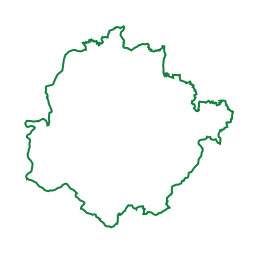 Gazipur, Dhaka, Bangladesh, rotated 186°
{"feature_id": "16705992B50862305652789", "entity_name": "Gazipur", "entity_type": "district", "adm_level": 2, "iso_a3": "BGD", "parent_name": "Bangladesh", "parent_adm1": "Dhaka", "projection": "mercator", "projection_center": [90.414, 24.092], "detail": "fine", "context": "isolated", "style": "outline", "palette": "green", "viewbox_px": 256, "rotation_deg": 186, "n_neighbors": 0, "source": "geoboundaries", "source_scale": "gbopen_adm2", "svg_char_len": 5779}
<svg xmlns="http://www.w3.org/2000/svg" viewBox="0 0 256 256"><g transform="rotate(186 128 128)"><path d="M143.2,228.6L146.1,226.4L146.7,226.9L149.5,227.3L151.1,226.6L151.1,225.9L152.2,225.6L152.5,224.7L156.5,222.9L156.8,222.4L156.6,221.2L157.0,220.2L157.4,220.1L157.4,219.1L157.8,217.8L157.6,216.0L158.6,215.8L160.1,216.2L161.6,215.5L162.6,215.8L162.6,215.4L163.1,215.4L163.6,214.0L163.4,212.7L162.5,211.8L161.9,210.8L162.6,210.2L162.6,209.6L163.8,209.1L164.2,209.0L164.9,209.8L165.5,209.7L165.7,208.7L165.2,207.3L165.7,207.1L165.9,208.3L166.8,208.6L167.3,209.6L167.8,209.1L167.9,210.5L168.5,211.2L169.7,210.5L171.7,211.3L171.6,210.6L172.3,210.8L172.3,211.1L173.8,211.1L173.9,211.8L174.4,211.2L174.5,211.6L175.6,211.6L176.0,210.2L175.6,209.8L176.2,209.8L176.4,209.0L176.8,208.7L178.7,209.2L178.8,208.0L181.1,208.3L181.8,207.9L178.8,204.9L178.0,201.4L179.5,201.3L181.7,199.7L183.7,199.2L186.8,199.4L188.7,200.1L190.9,199.8L195.2,197.5L196.4,195.7L197.8,194.5L198.9,189.6L199.3,178.2L203.7,173.8L205.6,168.7L206.9,164.0L207.9,163.0L213.6,160.9L214.0,159.9L213.4,157.1L213.7,154.7L213.0,153.8L211.8,153.1L211.2,150.6L212.0,150.2L211.9,149.8L210.6,147.9L209.5,145.2L209.6,144.5L206.5,139.0L205.6,136.9L205.9,135.7L207.5,135.1L207.8,134.7L207.7,129.4L206.9,125.8L207.3,122.6L208.4,122.1L209.1,124.9L210.4,126.7L211.9,127.7L213.5,128.2L214.8,127.6L217.8,125.2L218.5,125.6L222.3,124.5L226.0,124.8L229.4,124.5L230.7,121.9L229.6,119.5L227.9,118.4L225.3,119.6L223.8,119.9L221.2,119.3L220.8,118.8L220.9,117.4L222.5,116.2L223.7,114.4L224.6,112.1L227.1,110.6L227.8,108.9L227.4,108.2L224.6,106.6L224.0,104.8L224.5,101.8L224.0,100.6L223.8,98.0L224.4,96.4L224.4,94.6L225.1,91.6L224.5,88.8L223.5,87.2L221.6,85.8L219.1,82.6L219.4,75.4L220.0,74.2L222.4,72.5L224.1,70.2L224.1,68.7L223.3,67.6L223.2,66.6L222.7,67.0L220.2,66.0L219.0,66.1L213.8,64.1L209.9,60.5L206.8,59.6L204.0,57.4L200.9,56.8L199.8,57.1L199.0,57.8L196.5,57.9L193.7,59.1L191.7,60.9L188.5,62.3L187.1,64.3L185.1,65.8L183.9,66.1L182.6,65.8L179.1,61.9L175.7,60.7L172.0,57.8L172.7,57.2L173.1,55.2L172.8,54.4L170.2,53.0L168.4,51.3L164.5,49.9L163.5,49.1L163.6,47.8L165.3,45.9L166.5,43.5L166.4,42.8L164.0,42.3L160.1,39.3L155.2,38.4L154.3,38.0L152.8,38.6L151.1,38.4L150.2,36.2L147.8,35.6L147.6,34.7L146.2,34.5L146.4,33.7L145.3,32.5L144.1,32.1L142.2,30.8L140.2,28.3L138.2,27.9L136.1,28.3L134.6,27.4L132.1,28.6L129.7,31.7L128.8,31.5L128.5,31.7L128.7,33.8L128.4,34.2L128.7,35.6L128.5,36.7L129.1,40.0L128.3,41.0L128.3,41.8L127.8,42.0L127.1,41.8L127.0,40.7L126.6,40.7L125.0,42.2L123.6,44.4L122.2,45.4L121.5,48.1L120.4,49.4L120.2,50.5L119.6,51.1L119.3,50.9L116.1,51.5L114.2,49.0L113.5,48.7L112.3,48.8L111.1,47.9L110.8,49.5L110.0,50.2L108.6,50.9L104.9,51.8L104.6,51.2L104.8,49.7L104.0,49.1L103.0,49.3L102.7,49.0L103.6,47.7L103.3,46.0L103.7,44.0L100.6,44.5L100.2,44.9L99.8,46.3L99.4,46.6L95.7,46.4L93.5,44.9L91.2,44.4L89.4,45.3L88.6,46.6L87.8,46.6L86.0,47.3L84.7,48.7L82.2,50.3L80.4,52.1L78.3,53.1L78.7,53.6L79.8,53.6L81.0,55.9L81.9,56.0L82.1,56.5L81.7,57.2L81.8,57.8L81.0,58.7L81.1,59.6L81.7,59.6L82.0,62.6L81.0,63.4L80.4,64.6L78.2,66.2L78.3,67.0L77.5,67.7L77.3,68.7L77.8,69.5L78.1,74.0L77.1,75.1L75.5,75.7L74.9,76.5L71.9,77.0L69.3,78.5L68.8,80.8L68.0,81.4L67.3,81.1L66.6,81.7L66.4,83.6L65.7,84.3L64.1,84.6L63.1,85.4L62.8,89.9L60.4,90.9L58.0,95.4L54.5,99.8L54.4,104.4L52.3,107.8L52.1,111.1L51.3,113.6L51.8,115.6L52.3,115.6L53.4,117.3L56.0,119.4L56.4,120.9L56.1,122.6L55.3,123.3L53.2,124.2L50.4,124.7L48.8,126.0L48.5,127.5L47.8,127.1L45.2,127.6L44.3,125.5L41.5,125.2L39.6,125.9L37.4,122.9L36.8,122.5L35.7,122.6L35.0,121.9L34.8,122.5L35.2,122.9L34.7,123.7L35.0,124.9L34.7,126.5L35.4,127.9L36.8,128.7L37.2,130.1L37.3,131.6L36.2,134.3L36.4,135.2L36.1,135.5L34.6,135.1L34.3,136.3L32.4,136.8L32.1,138.1L29.3,139.5L30.0,141.0L30.0,141.8L30.8,143.2L29.9,144.1L28.6,143.9L28.1,144.4L26.6,144.4L26.3,145.3L26.6,147.6L25.6,147.9L25.5,148.2L25.8,151.4L25.3,155.1L26.2,155.1L26.3,155.5L26.8,155.4L28.4,156.2L28.7,156.8L29.8,156.8L30.0,157.6L30.7,157.5L30.9,159.5L33.0,161.1L32.5,161.7L33.2,162.5L34.1,165.0L36.2,165.3L36.8,164.9L37.8,165.1L39.3,164.7L37.9,163.9L37.9,163.4L38.6,162.6L39.8,162.5L39.0,161.5L39.2,161.2L41.9,159.8L42.3,160.1L42.8,162.1L44.0,162.4L44.5,161.6L46.0,161.6L46.5,163.3L47.8,162.8L48.0,161.9L48.4,161.5L49.5,162.3L50.0,163.2L50.8,163.4L53.3,161.3L53.8,161.7L54.2,161.5L55.4,161.8L57.1,161.5L59.6,161.8L60.1,160.5L59.6,156.3L60.1,155.6L59.9,154.3L60.1,153.5L59.5,153.8L59.2,153.5L59.7,152.6L60.5,152.0L61.9,152.0L62.9,153.3L64.6,154.5L63.6,156.2L64.2,158.0L65.0,158.7L65.6,158.4L66.4,158.7L66.7,159.5L67.1,159.5L66.9,160.4L67.2,161.4L65.7,162.1L64.6,163.9L64.7,164.7L64.1,165.4L65.0,165.9L65.5,167.6L63.4,168.7L64.7,172.1L65.6,172.0L65.5,173.2L66.1,173.5L67.1,175.4L67.8,175.4L67.1,177.1L67.9,177.4L68.3,177.9L69.3,177.6L69.9,178.2L70.6,178.2L70.3,179.5L71.2,180.7L72.6,179.5L74.9,178.7L75.2,179.6L81.0,180.9L81.9,184.0L81.9,186.2L83.9,185.7L87.2,185.7L88.0,185.3L88.9,185.5L88.2,182.6L93.1,183.7L93.4,184.1L93.2,185.5L94.9,186.5L95.3,186.1L96.3,186.2L96.5,185.1L96.2,184.4L95.2,184.4L95.0,184.1L95.6,183.4L96.9,183.4L98.5,186.5L98.9,191.0L99.6,193.6L99.5,201.2L98.7,202.6L98.9,203.5L98.3,204.3L98.3,204.9L99.8,207.5L100.3,210.3L100.4,213.0L102.1,213.1L102.3,212.2L101.6,211.6L104.6,209.2L104.5,208.5L105.2,208.2L105.6,208.8L106.4,208.6L107.9,207.6L108.7,208.0L110.3,206.7L113.4,207.2L112.9,208.2L113.5,208.6L115.2,208.5L115.2,209.7L115.5,210.3L116.4,210.6L115.9,212.5L117.2,213.9L119.4,213.1L122.7,213.0L124.4,211.7L125.8,211.6L127.0,210.1L129.6,208.5L132.9,205.5L134.5,206.5L135.8,206.5L136.7,207.6L140.1,207.3L141.2,208.6L140.9,209.0L141.4,210.0L140.8,212.0L141.5,212.6L140.8,214.1L141.4,215.3L142.0,215.5L145.2,219.6L144.9,222.7L142.9,224.8L142.3,227.1L142.6,228.3L143.2,228.6Z" fill="none" stroke="#15803d" stroke-width="2"/></g></svg>